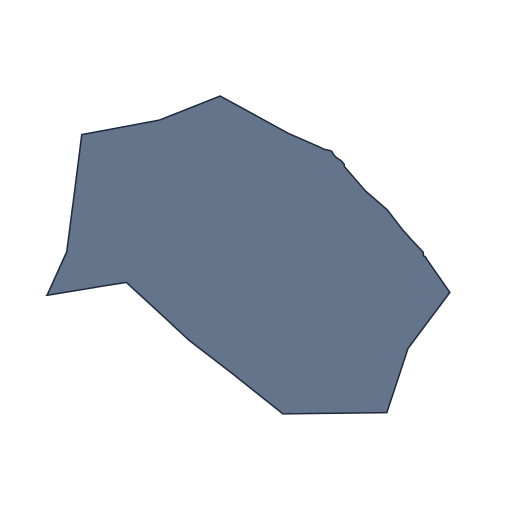 Meråker nor, Nord-Trøndelag, Norway, rotated 103°
{"feature_id": "86288312B15566061957795", "entity_name": "Meråker nor", "entity_type": "district", "adm_level": 2, "iso_a3": "NOR", "parent_name": "Norway", "parent_adm1": "Nord-Trøndelag", "projection": "mercator", "projection_center": [11.797, 63.407], "detail": "fine", "context": "isolated", "style": "filled", "palette": "slate", "viewbox_px": 512, "rotation_deg": 103, "n_neighbors": 0, "source": "geoboundaries", "source_scale": "gbopen_adm2", "svg_char_len": 2342}
<svg xmlns="http://www.w3.org/2000/svg" viewBox="0 0 512 512"><g transform="rotate(103 256 256)"><path d="M341.3,450.8L341.3,450.7L339.2,445.6L330.2,423.7L320.2,399.5L310.9,376.4L327.8,346.6L333.3,336.9L334.0,335.6L344.4,317.7L353.6,301.5L359.2,289.2L375.5,253.5L387.9,227.6L394.4,214.0L396.0,210.5L403.8,194.3L395.6,160.8L392.0,145.9L382.6,107.3L382.6,107.2L379.2,93.3L332.2,88.9L330.2,88.8L329.6,88.7L329.4,88.7L329.1,88.6L328.5,88.6L328.0,88.5L327.4,88.5L311.9,87.1L311.1,86.7L284.6,75.1L247.9,58.9L220.2,89.5L219.9,89.5L219.7,89.7L219.6,89.8L219.5,90.0L219.4,90.0L219.2,90.2L219.2,90.3L219.1,90.5L218.9,90.6L218.8,90.8L218.7,90.9L218.7,91.0L218.7,91.3L218.7,91.5L218.6,91.9L218.5,92.0L218.5,92.3L218.4,92.3L218.3,92.5L218.2,92.5L217.9,92.7L217.9,92.8L217.9,93.0L217.7,93.1L217.5,92.9L217.4,92.9L217.3,93.0L217.2,93.0L216.9,93.3L216.7,93.4L216.6,93.5L214.8,93.8L214.8,94.0L214.7,94.0L212.8,96.7L204.2,109.6L196.8,119.9L181.5,138.5L167.7,164.4L148.8,190.2L146.8,190.6L143.9,194.6L142.3,199.2L140.3,202.6L137.1,205.6L137.3,205.8L136.5,207.6L136.6,208.7L136.6,208.8L136.6,209.1L136.6,209.3L136.7,212.0L136.5,214.4L136.5,214.6L135.6,218.2L135.5,218.7L135.5,218.8L129.2,252.2L122.1,277.5L119.2,287.6L108.2,327.0L145.4,380.9L176.9,453.1L192.5,451.5L194.8,451.2L196.5,451.1L198.1,450.9L201.3,450.6L203.4,450.4L206.1,450.1L208.3,449.9L209.3,449.8L209.6,449.8L212.0,449.5L213.5,449.4L215.3,449.2L217.4,449.0L219.5,448.8L220.5,448.7L221.5,448.6L221.9,448.5L226.1,448.1L226.6,448.1L228.2,447.9L228.6,447.8L230.0,447.7L231.8,447.5L233.8,447.3L234.5,447.3L235.7,447.1L236.6,447.1L237.9,446.9L238.7,446.8L240.3,446.7L241.3,446.6L242.2,446.5L243.2,446.4L243.9,446.3L244.7,446.2L245.4,446.2L247.2,446.0L249.0,445.8L250.4,445.7L251.6,445.6L253.7,445.4L256.2,445.1L258.5,444.9L261.4,444.6L263.4,444.4L264.5,444.3L266.8,444.1L268.6,443.9L270.8,443.7L271.3,443.6L273.8,443.4L274.8,443.3L277.2,443.0L280.0,442.8L281.8,442.6L282.9,442.5L285.3,442.2L287.3,442.1L289.9,441.8L292.4,441.6L294.3,441.4L294.8,441.5L296.1,441.7L296.6,441.8L297.5,442.0L300.1,442.5L302.8,443.1L303.9,443.3L306.1,443.7L308.0,444.1L310.3,444.6L312.0,444.9L315.3,445.5L317.1,445.9L318.9,446.3L321.1,446.7L324.3,447.4L325.9,447.7L328.2,448.1L330.3,448.6L333.0,449.1L336.0,449.7L337.4,450.0L339.3,450.4L341.2,450.7L341.3,450.8Z" fill="#64748b" stroke="#1e293b" stroke-width="1.5"/></g></svg>